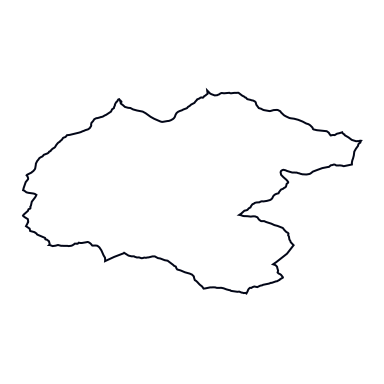 the district of Bunesti, Brasov, Romania
{"feature_id": "2599482B80312338976993", "entity_name": "Bunesti", "entity_type": "district", "adm_level": 2, "iso_a3": "ROU", "parent_name": "Romania", "parent_adm1": "Brasov", "projection": "robinson", "projection_center": [25.052, 46.093], "detail": "fine", "context": "isolated", "style": "outline", "palette": "ink", "viewbox_px": 384, "rotation_deg": 0, "n_neighbors": 0, "source": "geoboundaries", "source_scale": "gbopen_adm2", "svg_char_len": 5943}
<svg xmlns="http://www.w3.org/2000/svg" viewBox="0 0 384 384"><path d="M293.6,245.2L290.7,242.2L290.4,241.1L289.4,239.5L288.9,236.5L288.1,235.1L288.5,233.8L288.3,233.3L287.7,232.7L286.6,232.2L285.7,231.4L284.0,229.6L283.2,228.4L282.6,227.9L277.5,225.9L274.4,225.1L271.4,223.7L266.1,222.0L264.1,221.1L261.3,221.1L260.7,220.9L258.9,219.5L257.4,217.3L255.1,216.4L253.2,216.3L250.8,216.6L247.4,216.2L244.2,216.1L243.2,216.0L240.6,215.1L239.3,214.9L241.1,213.7L244.4,210.7L246.3,210.3L247.4,209.9L248.8,208.3L250.5,207.4L250.8,206.5L252.2,204.5L252.7,204.1L253.7,203.8L254.6,203.0L256.3,202.5L259.4,202.3L260.4,201.7L261.7,201.3L263.6,201.4L266.9,200.9L269.8,200.1L270.7,199.7L272.1,198.5L273.3,196.1L273.9,195.4L275.3,194.3L276.9,193.7L278.5,193.3L279.2,191.9L281.0,189.6L283.2,188.7L283.8,188.1L285.0,187.5L286.0,186.6L286.7,183.8L288.1,182.7L288.2,182.1L287.6,181.2L286.5,179.9L283.2,177.0L281.1,174.8L280.6,172.2L281.0,171.1L281.7,170.5L282.6,170.0L283.4,169.8L285.6,170.3L286.8,170.9L292.1,172.5L296.7,172.6L298.4,173.2L299.2,173.3L300.4,173.8L302.5,174.3L306.5,174.5L309.3,174.0L310.1,173.7L310.9,173.2L312.9,171.6L316.3,170.3L322.3,168.1L327.9,167.0L328.9,166.9L330.8,165.3L332.1,165.1L334.0,164.5L335.0,164.7L336.2,165.4L336.8,165.5L340.1,165.4L342.3,165.7L343.2,166.1L344.2,166.1L351.9,164.5L351.9,162.4L352.4,160.1L353.0,158.6L353.8,155.5L354.3,151.6L356.0,148.6L358.0,145.9L358.3,144.5L358.5,144.1L358.9,143.6L360.3,142.6L360.7,141.2L361.0,140.8L360.1,140.7L358.9,141.1L356.0,141.2L351.8,139.9L348.5,137.4L344.7,135.2L344.4,134.4L343.7,134.1L342.4,133.0L342.2,132.3L339.3,133.2L337.0,133.7L334.7,135.1L333.2,135.0L331.5,135.2L330.9,135.5L330.6,135.4L329.2,133.5L328.8,132.7L326.7,131.2L316.9,130.2L313.5,129.4L312.9,128.9L312.5,127.6L312.1,127.2L310.2,125.3L308.5,124.2L306.2,123.5L302.7,121.6L298.2,119.8L294.0,118.7L290.9,118.3L289.4,118.0L286.0,116.4L284.2,115.4L283.5,114.8L281.0,112.4L280.3,111.3L277.8,110.0L276.7,109.9L273.6,110.1L270.5,111.0L269.6,111.1L263.9,110.1L262.8,109.7L261.0,108.7L258.8,108.1L256.3,104.7L255.7,102.3L254.8,101.4L253.0,100.5L251.6,100.3L250.6,99.9L247.5,99.2L247.1,99.0L246.0,97.7L245.2,97.5L244.0,96.5L242.3,95.7L238.5,92.8L234.0,92.9L231.0,93.3L229.9,93.1L229.3,92.8L224.1,93.3L221.7,93.0L220.5,93.4L218.9,94.5L218.2,94.7L217.2,95.2L214.7,95.4L211.2,94.1L210.0,93.4L207.2,90.5L207.4,92.1L207.7,92.9L207.5,93.9L206.4,94.6L205.5,95.5L204.3,96.1L203.2,97.5L202.7,97.7L201.8,97.4L201.2,97.6L200.5,97.6L199.4,98.5L197.8,99.1L197.3,99.6L196.9,99.6L196.5,100.4L195.4,101.5L194.4,102.9L191.1,104.6L189.7,105.9L188.0,106.9L187.1,108.0L186.6,108.3L183.3,109.5L181.9,110.3L179.8,111.0L178.1,111.8L176.6,113.0L175.6,114.7L175.0,116.4L174.7,117.1L173.9,118.2L173.0,119.0L170.9,120.2L169.0,120.9L167.1,121.1L162.6,121.9L161.4,121.8L160.2,121.4L154.2,118.8L150.6,116.8L145.6,113.2L142.7,111.6L137.0,110.5L133.0,109.4L130.4,108.0L128.1,107.8L124.9,106.9L122.9,105.1L121.0,103.7L120.7,103.3L120.6,102.6L121.4,102.0L121.4,101.8L120.8,101.7L120.5,101.4L120.5,101.0L120.3,100.9L120.5,100.6L119.6,99.9L119.2,99.2L118.4,99.4L117.6,100.5L117.2,101.4L116.1,102.3L115.3,103.8L114.9,104.6L114.9,105.4L114.1,107.0L113.9,108.1L112.0,109.4L111.7,110.2L111.0,111.6L106.2,114.8L104.6,115.5L102.8,116.6L101.0,117.1L100.5,117.1L100.0,117.4L97.4,118.1L96.3,118.2L94.3,119.2L93.0,121.2L91.5,122.8L91.1,124.4L91.2,125.6L90.9,126.4L90.4,127.0L90.1,127.7L88.6,129.0L87.9,129.4L85.5,130.1L84.0,130.8L82.5,131.3L80.8,132.1L78.8,132.7L69.7,134.9L67.0,135.2L65.5,137.0L63.7,137.6L63.0,138.0L61.9,139.7L60.1,141.2L59.6,141.9L58.6,142.4L57.7,143.2L56.2,145.1L55.1,147.0L54.5,147.6L52.5,148.8L50.6,150.7L50.5,151.1L49.1,151.7L48.6,152.6L47.5,153.4L43.8,154.8L42.5,156.4L41.0,157.1L39.4,158.1L38.3,159.7L37.2,161.0L35.9,163.6L35.8,164.9L35.2,168.4L34.8,169.3L33.3,171.1L32.0,172.0L31.6,172.5L27.2,174.7L26.6,175.3L27.5,176.4L28.1,178.1L28.1,178.8L28.0,179.3L25.7,182.1L23.7,187.9L23.1,190.2L24.3,190.7L26.4,192.3L28.3,192.8L33.3,193.5L34.8,193.9L36.4,194.9L35.8,196.2L35.1,197.4L31.8,201.7L30.9,205.7L30.3,206.7L30.5,208.0L30.0,208.7L29.2,208.9L28.5,209.3L28.2,210.0L28.1,210.5L27.9,210.9L23.6,214.7L23.0,215.7L23.3,216.1L24.9,217.3L27.8,219.1L28.2,221.5L28.1,222.2L27.8,222.3L27.7,223.0L26.0,226.2L29.6,228.6L30.2,231.0L34.7,232.2L35.0,232.6L36.5,233.5L36.9,234.3L37.5,234.7L45.0,237.9L45.3,238.5L45.3,239.2L45.5,239.4L46.9,239.7L49.0,241.3L49.2,242.4L49.6,243.4L49.4,244.8L49.2,245.0L49.8,245.0L52.6,246.1L55.5,245.7L58.0,245.0L61.1,245.8L67.6,245.9L68.6,246.1L71.1,245.8L72.3,245.4L74.2,244.2L74.6,243.7L76.4,243.6L76.8,243.8L77.7,243.7L78.7,242.7L80.4,243.0L81.9,243.0L86.5,242.2L87.3,242.0L87.9,242.0L88.9,242.4L89.8,243.0L90.8,243.8L92.2,245.5L92.7,245.6L95.4,245.5L97.1,245.7L98.1,246.3L99.4,247.4L101.4,250.4L103.6,255.4L105.0,257.7L105.2,260.2L105.1,261.1L114.2,256.9L123.6,253.3L124.1,252.8L128.5,255.6L131.4,256.3L133.9,256.3L134.8,256.8L137.0,257.5L139.0,257.4L141.4,258.2L142.7,258.1L144.2,257.6L146.0,257.8L147.2,257.5L148.6,257.4L152.5,256.4L154.8,256.4L157.9,258.1L160.3,258.5L164.7,260.2L167.6,260.7L173.3,265.0L173.9,265.7L175.8,266.6L176.5,268.5L177.3,269.5L180.5,270.4L185.0,272.3L189.7,273.6L192.0,274.6L193.8,276.4L194.0,277.6L194.8,280.1L196.1,280.9L197.5,282.2L198.1,282.9L199.7,284.6L202.1,286.5L203.6,288.6L205.3,288.4L210.1,287.4L211.9,287.4L213.0,287.3L215.3,287.4L216.4,287.8L218.2,287.9L221.2,287.8L223.6,288.3L226.5,289.4L229.6,290.2L230.0,290.2L231.1,290.9L237.4,291.8L239.2,291.6L241.6,292.6L242.6,292.7L243.7,293.1L245.4,292.9L246.4,293.5L247.7,291.1L247.9,290.3L248.8,288.8L250.0,287.8L251.5,287.9L252.3,287.2L254.3,286.5L257.3,287.1L260.2,285.7L262.2,285.3L263.1,284.8L269.0,283.6L271.0,282.8L271.3,282.9L272.2,282.7L275.8,281.4L277.2,281.2L278.8,280.2L279.5,280.0L280.0,279.3L282.8,277.7L282.9,277.3L281.1,274.9L279.8,274.0L278.6,273.5L277.6,272.5L278.1,270.7L277.3,268.0L277.1,266.9L276.4,266.0L275.4,265.1L273.1,264.3L276.3,262.1L287.0,253.7L293.6,245.2Z" fill="none" stroke="#020617" stroke-width="2"/></svg>